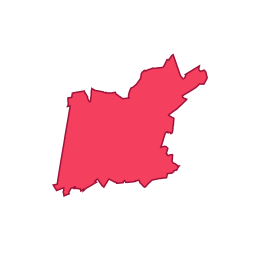 outline of Rožupes pag., Livanu, Latvia, rotated 314°
{"feature_id": "27541924B72516040317881", "entity_name": "Rožupes pag.", "entity_type": "district", "adm_level": 2, "iso_a3": "LVA", "parent_name": "Latvia", "parent_adm1": "Livanu", "projection": "natural_earth1", "projection_center": [26.351, 56.366], "detail": "fine", "context": "isolated", "style": "filled", "palette": "rose", "viewbox_px": 256, "rotation_deg": 314, "n_neighbors": 0, "source": "geoboundaries", "source_scale": "gbopen_adm2", "svg_char_len": 5061}
<svg xmlns="http://www.w3.org/2000/svg" viewBox="0 0 256 256"><g transform="rotate(314 128 128)"><path d="M97.0,181.1L97.9,181.4L98.1,181.4L99.9,181.3L101.9,181.2L103.3,181.1L103.4,181.3L107.3,181.5L113.4,185.6L114.3,186.5L115.9,187.6L119.0,190.3L122.5,188.0L123.5,188.8L124.7,189.8L126.1,190.9L128.4,191.2L128.8,190.9L129.3,190.8L130.1,191.0L130.4,191.5L130.8,191.9L131.6,192.2L132.0,192.2L132.3,192.0L132.5,192.0L132.9,191.9L133.1,191.7L133.4,191.6L136.3,191.2L135.8,190.7L135.3,190.3L135.2,190.1L135.2,189.9L135.4,189.3L135.4,189.1L135.1,188.3L135.1,187.9L135.2,187.5L135.2,187.2L135.0,186.7L134.4,185.2L134.3,184.8L134.2,184.6L134.3,184.3L134.8,182.8L134.9,182.7L135.0,182.4L135.6,182.0L136.2,181.7L136.4,181.5L136.6,181.4L137.3,180.6L137.7,180.2L138.1,179.9L138.9,179.5L139.2,179.3L139.3,179.2L139.5,178.9L139.5,178.7L139.4,178.3L139.3,178.1L138.9,177.9L139.0,177.9L137.8,176.9L137.6,176.7L137.4,176.7L136.4,176.4L136.2,176.3L136.1,176.2L136.0,175.6L136.1,175.3L136.1,175.2L136.4,174.6L136.4,174.4L136.0,173.8L136.0,173.7L136.1,173.4L136.4,173.1L136.6,173.0L138.1,172.3L140.9,170.9L141.1,170.7L141.0,169.9L141.0,169.7L141.1,169.1L141.1,168.6L140.9,168.1L140.5,167.3L140.2,167.0L140.0,166.8L139.8,166.7L138.7,166.2L138.0,165.3L137.7,165.1L137.4,165.0L137.1,164.9L140.0,163.6L143.3,161.9L144.9,161.0L145.9,160.5L149.7,158.6L149.9,158.4L150.0,158.3L151.4,158.5L152.0,158.6L152.3,158.7L152.4,158.8L152.1,159.5L152.6,160.2L152.6,160.3L152.8,160.3L153.1,160.2L153.2,160.3L154.0,161.7L154.0,161.8L153.7,162.7L153.8,162.8L154.0,162.9L154.5,162.9L154.7,163.0L155.1,163.1L156.3,162.5L157.1,162.0L158.3,161.1L160.0,159.6L161.0,158.9L161.6,158.6L165.7,155.2L166.9,154.2L166.8,153.9L166.6,153.6L166.5,153.0L165.7,150.3L165.5,148.1L166.1,148.1L167.4,148.4L168.4,148.6L170.1,148.8L171.7,149.1L171.8,149.1L173.8,149.5L175.3,149.9L175.9,149.9L177.9,150.0L184.7,150.3L189.3,150.4L189.5,150.3L189.3,149.9L188.9,148.7L188.7,148.4L188.4,148.2L188.3,147.8L188.3,147.1L188.1,146.3L188.2,146.2L188.9,144.7L201.5,148.1L202.2,148.0L203.7,148.6L206.1,148.8L208.4,148.9L209.1,148.6L210.6,150.4L212.3,152.1L216.0,151.1L218.5,150.4L219.4,149.7L221.2,146.8L222.2,145.3L222.3,145.1L222.4,144.7L222.5,143.7L222.5,142.5L221.6,142.1L218.9,140.7L219.3,138.0L220.6,137.2L222.2,136.2L221.8,136.1L220.0,135.7L219.1,135.4L217.9,135.1L206.4,132.1L206.6,132.7L203.2,134.1L201.6,133.4L201.8,131.0L202.0,129.4L212.1,109.5L210.9,109.2L204.9,110.0L204.4,108.6L202.2,109.3L201.3,109.6L196.5,111.1L194.5,110.0L191.0,106.9L190.5,106.6L189.2,105.5L188.7,104.9L188.3,104.2L185.7,103.1L184.2,102.1L182.2,101.5L182.0,101.4L181.9,101.2L181.8,100.9L181.5,100.9L181.2,100.8L181.0,100.7L181.2,100.3L181.1,100.2L180.9,99.9L180.6,99.7L180.3,99.6L180.1,99.7L179.4,99.7L178.9,99.7L178.2,99.5L177.7,99.5L176.7,99.8L176.0,100.1L175.1,100.7L174.3,101.3L172.9,102.4L172.8,102.5L172.6,102.6L165.5,103.7L164.9,103.7L164.5,103.6L163.6,103.5L162.6,103.5L161.8,103.4L160.9,103.2L160.1,103.0L159.5,102.7L159.2,102.5L158.3,102.5L157.7,102.7L154.7,104.0L154.4,104.1L154.0,104.4L152.1,105.6L151.6,105.9L150.8,106.6L150.4,107.2L150.3,107.6L150.3,107.8L149.8,107.5L148.7,106.6L145.4,103.8L145.2,102.6L144.9,101.2L145.0,101.0L144.6,99.3L144.5,97.5L144.0,95.6L144.3,95.3L144.6,94.7L144.8,94.4L144.8,94.0L144.4,93.7L141.7,91.9L140.9,91.0L138.9,88.8L138.5,88.2L138.2,88.0L138.1,87.9L138.3,87.7L138.2,87.4L138.0,87.1L137.8,87.1L137.2,86.7L136.9,86.2L136.8,85.9L136.8,85.2L136.3,84.4L136.1,84.1L133.8,80.6L132.1,78.1L132.1,77.8L131.3,74.8L131.3,74.6L129.2,75.9L126.2,78.6L125.6,79.1L123.8,80.4L121.7,82.0L120.9,82.5L120.1,81.8L120.1,81.6L120.9,79.4L121.2,78.5L121.7,77.9L122.2,77.4L122.3,77.3L123.0,74.7L123.4,73.0L123.3,72.9L123.5,72.7L124.0,71.0L124.2,70.8L115.2,64.2L114.4,63.8L110.9,66.2L107.9,63.9L107.0,64.8L106.0,65.8L103.7,68.5L102.9,68.9L101.4,69.5L103.7,71.1L102.4,72.0L90.3,80.3L79.4,87.7L73.9,91.6L70.8,93.7L69.3,94.7L52.7,106.1L38.4,116.1L35.0,113.8L33.9,118.3L33.8,118.9L33.4,120.0L35.7,121.1L35.8,121.1L37.8,122.1L38.0,122.1L40.1,123.2L40.3,123.4L39.7,123.7L39.5,123.9L39.3,124.0L39.0,124.7L38.8,124.9L38.5,125.1L38.2,125.2L37.8,125.3L37.4,125.5L37.1,125.7L36.9,125.9L36.7,126.2L36.2,127.1L35.5,128.1L34.7,129.2L35.8,129.6L38.6,130.8L38.8,131.0L39.7,131.4L39.8,131.3L40.1,130.9L40.8,130.0L42.0,129.7L44.5,129.0L45.2,129.0L46.3,129.6L46.5,129.7L48.9,130.7L49.1,130.9L49.0,131.0L47.1,131.2L48.7,132.9L50.3,134.9L50.3,135.0L50.6,135.3L51.0,135.9L50.8,136.3L49.9,137.9L52.8,138.5L51.6,139.5L55.5,139.7L62.3,141.7L64.5,142.2L67.1,143.0L66.7,141.1L69.8,141.5L69.9,141.4L70.1,141.7L69.5,144.4L69.4,144.9L69.2,145.8L68.7,148.5L68.5,149.3L68.7,151.7L77.3,149.8L77.6,149.6L78.3,150.3L78.6,151.8L79.4,154.2L79.6,155.0L79.9,155.9L80.1,156.1L80.1,156.3L80.4,157.1L81.0,158.7L80.9,158.7L82.8,160.4L85.3,162.5L86.1,161.9L87.7,162.1L87.9,162.1L87.6,163.0L87.3,164.1L88.0,164.9L90.9,167.4L91.0,167.4L92.9,169.1L93.6,169.6L94.2,170.0L95.0,170.6L95.5,170.2L97.1,171.5L98.1,172.1L97.0,174.8L96.9,174.9L96.9,175.1L97.0,175.3L97.0,176.8L96.7,179.6L96.8,180.0L96.8,180.4L97.0,181.1Z" fill="#f43f5e" stroke="#9f1239" stroke-width="1.5"/></g></svg>